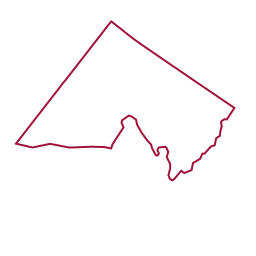 outline of Cecil, United States of America, rotated 308°
{"feature_id": "52423323B74434071620295", "entity_name": "Cecil", "entity_type": "district", "adm_level": 2, "iso_a3": "USA", "parent_name": "United States of America", "parent_adm1": "", "projection": "natural_earth1", "projection_center": [-75.942, 39.542], "detail": "fine", "context": "isolated", "style": "outline", "palette": "rose", "viewbox_px": 256, "rotation_deg": 308, "n_neighbors": 0, "source": "geoboundaries", "source_scale": "gbopen_adm2", "svg_char_len": 1177}
<svg xmlns="http://www.w3.org/2000/svg" viewBox="0 0 256 256"><g transform="rotate(308 128 128)"><path d="M201.7,49.2L197.8,49.1L194.1,49.1L193.5,49.1L128.4,49.3L123.4,49.1L118.3,49.2L84.8,49.3L80.7,49.3L46.7,49.4L53.9,64.8L67.5,76.3L76.6,94.0L91.0,111.0L95.0,116.5L98.0,120.4L101.6,127.3L105.7,125.8L105.9,125.8L111.6,125.3L117.4,124.8L125.8,124.1L127.9,120.1L128.1,119.7L130.5,118.6L134.7,119.9L138.3,121.0L139.4,124.2L139.4,124.9L139.5,129.3L136.3,133.0L132.7,141.6L130.0,151.0L129.2,156.3L126.9,159.4L123.7,166.6L124.7,168.3L127.1,167.9L128.6,164.8L131.4,164.2L131.5,164.2L136.1,168.9L136.1,169.8L136.1,170.3L134.0,174.4L128.9,176.5L125.6,183.4L122.2,186.1L115.7,188.9L113.7,192.3L114.0,195.0L115.5,195.8L127.1,196.3L127.1,200.0L134.0,204.0L140.5,200.8L148.1,203.8L153.6,202.4L154.9,204.1L164.3,204.7L167.8,206.9L174.2,203.8L178.4,205.2L183.0,202.4L186.9,201.0L189.5,197.9L191.2,197.5L194.3,198.6L195.6,200.6L209.3,199.5L208.2,182.8L206.3,154.4L204.8,131.0L204.8,130.6L204.8,130.2L204.3,124.0L202.7,97.6L202.4,93.0L202.2,89.0L202.0,86.0L201.8,81.4L201.6,76.9L201.6,71.3L201.6,67.1L201.6,66.6L201.7,58.7L201.7,49.2Z" fill="none" stroke="#9f1239" stroke-width="2"/></g></svg>